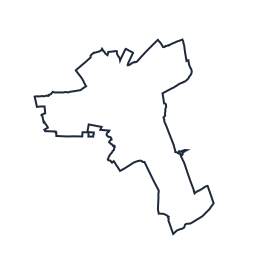 Todireni, Botosani, Romania, rotated 100°
{"feature_id": "2599482B63116977359032", "entity_name": "Todireni", "entity_type": "district", "adm_level": 2, "iso_a3": "ROU", "parent_name": "Romania", "parent_adm1": "Botosani", "projection": "natural_earth1", "projection_center": [27.106, 47.62], "detail": "fine", "context": "isolated", "style": "outline", "palette": "slate", "viewbox_px": 256, "rotation_deg": 100, "n_neighbors": 0, "source": "geoboundaries", "source_scale": "gbopen_adm2", "svg_char_len": 5711}
<svg xmlns="http://www.w3.org/2000/svg" viewBox="0 0 256 256"><g transform="rotate(100 128 128)"><path d="M85.8,183.4L86.0,183.2L86.5,182.8L87.2,182.0L89.7,179.9L90.5,179.5L92.3,178.1L93.2,177.4L94.1,176.5L97.8,180.3L98.7,181.1L99.2,181.9L99.5,183.0L100.7,186.2L102.3,191.1L103.3,193.1L103.4,193.8L103.3,195.0L103.7,196.6L104.2,197.7L104.4,198.9L104.6,200.2L104.9,201.4L105.1,202.2L105.1,203.2L105.3,204.1L105.7,206.0L105.7,207.2L105.4,208.2L106.6,209.1L108.1,209.8L109.2,211.8L109.5,211.7L109.8,211.6L110.0,211.7L110.3,212.2L110.3,213.9L110.5,214.4L110.7,214.7L111.2,215.8L111.5,216.8L111.3,217.7L111.7,218.7L112.2,220.7L112.5,221.7L112.6,222.7L112.6,223.4L113.3,225.4L114.5,225.0L115.0,224.6L123.0,221.4L122.0,217.8L121.3,213.9L127.9,212.1L128.2,212.8L129.8,215.1L130.0,215.4L130.6,215.4L130.9,214.5L134.4,213.1L137.1,212.0L136.6,211.4L137.4,210.9L138.3,210.0L138.8,209.4L140.0,208.2L141.6,207.0L144.2,210.1L145.5,209.1L144.0,198.6L145.1,198.4L145.0,197.8L148.3,197.2L146.9,186.3L145.7,180.5L144.3,171.6L143.1,171.7L142.2,171.9L140.1,172.0L139.1,166.1L143.3,165.5L142.5,160.8L141.8,160.9L141.6,160.8L141.1,160.9L140.5,160.9L140.3,160.7L139.7,160.7L139.5,160.8L138.9,160.9L138.4,160.9L138.5,161.4L138.5,161.6L138.5,162.8L138.6,163.0L138.8,165.6L138.9,165.9L138.8,167.3L131.3,167.3L131.4,163.7L131.4,161.0L131.5,158.9L131.5,154.2L134.6,155.0L133.8,145.9L134.5,146.1L135.0,146.3L135.4,146.6L135.7,147.1L136.2,147.5L136.9,147.9L137.9,147.9L138.4,147.9L139.0,147.6L140.1,145.8L140.0,144.6L140.3,143.3L140.6,143.2L141.7,142.3L142.2,142.1L142.4,142.3L142.6,143.0L142.8,143.1L143.7,143.5L144.4,144.0L144.7,144.2L145.2,144.2L145.3,144.1L145.5,143.8L145.8,143.1L146.5,142.4L146.6,142.1L146.6,141.6L146.8,141.1L147.2,140.6L148.1,140.0L148.3,139.7L148.3,139.4L147.7,138.6L147.7,138.4L147.8,138.3L148.7,137.8L149.0,137.7L149.5,137.8L150.0,138.2L150.3,138.2L150.7,138.2L151.3,138.0L152.1,138.1L152.7,138.5L153.4,139.2L154.6,139.4L158.0,141.4L160.0,141.9L162.2,142.4L162.6,142.4L163.0,142.0L163.1,141.8L163.2,141.5L163.2,140.8L163.2,139.9L163.2,139.6L163.5,139.3L164.4,138.5L164.9,137.7L163.1,136.3L165.5,134.0L166.0,133.7L167.9,131.7L168.7,131.0L171.6,128.4L168.6,124.6L163.9,119.4L161.5,116.9L160.7,115.9L158.7,112.3L157.9,109.7L158.3,108.4L158.9,107.6L158.6,105.9L175.7,93.5L184.1,87.0L184.7,86.8L188.5,86.5L191.4,85.9L203.0,84.4L207.0,82.8L206.9,82.6L206.4,78.5L206.5,77.8L206.7,76.5L207.1,75.2L208.2,72.8L208.4,73.0L209.1,73.1L209.6,72.8L209.6,72.7L210.2,72.1L210.8,72.1L211.9,72.2L224.5,65.1L220.9,62.4L220.2,61.7L218.5,58.9L217.8,57.2L217.0,56.2L216.6,55.8L216.3,55.5L215.9,55.3L213.8,55.1L213.4,55.0L213.1,54.8L212.8,54.6L212.5,54.2L212.2,53.7L211.5,50.9L211.2,50.0L210.8,49.4L202.1,39.5L193.8,33.7L193.3,33.4L191.5,32.7L188.9,31.4L187.1,30.6L183.4,32.8L180.6,34.2L179.5,34.9L176.2,36.7L174.9,37.5L171.6,39.3L171.2,39.6L171.9,41.0L172.8,42.3L173.9,43.2L174.5,43.9L174.8,44.2L175.9,45.4L176.3,46.1L177.0,46.6L177.3,47.4L177.8,48.1L179.8,50.3L180.1,50.6L180.8,51.1L178.6,52.3L178.3,52.1L168.3,58.0L167.1,58.6L164.7,60.0L156.3,64.6L155.7,64.8L154.4,65.6L153.0,66.4L151.3,67.5L150.5,68.2L149.2,69.1L148.5,69.6L147.1,70.5L144.7,72.0L144.6,71.9L144.5,71.7L145.0,70.3L145.2,70.1L144.6,69.6L144.2,69.7L143.1,69.8L142.8,69.8L142.5,69.6L141.8,69.0L141.5,68.6L141.5,68.4L140.9,68.0L140.5,67.5L140.3,67.3L140.1,66.9L139.6,66.2L139.7,67.1L139.7,67.6L139.8,68.2L140.6,69.4L140.9,70.4L141.2,70.6L141.5,71.1L141.8,71.1L142.1,71.6L141.8,71.7L142.2,72.4L142.2,72.6L142.2,72.8L142.0,73.6L144.3,73.6L144.3,73.9L143.8,75.1L143.4,75.7L143.4,75.9L143.4,76.2L143.5,77.2L142.2,77.6L140.4,78.4L137.6,79.7L136.4,80.2L136.2,80.5L134.7,81.3L125.1,87.2L123.6,88.1L121.5,89.3L116.2,92.7L115.9,93.0L113.8,93.8L113.4,93.8L113.2,93.8L112.1,94.6L111.2,94.9L109.4,93.5L107.6,94.1L105.1,94.1L103.7,94.4L102.7,94.5L102.2,94.5L101.3,94.2L100.8,94.1L100.1,94.2L99.0,94.6L98.1,94.7L98.0,94.9L97.7,95.5L97.2,96.4L97.2,96.6L97.3,96.8L87.8,100.0L86.0,97.6L82.8,93.6L82.6,93.2L81.3,91.7L80.6,90.6L79.8,89.5L78.8,88.6L78.1,87.6L77.0,86.6L76.8,86.3L76.4,86.0L75.1,84.4L74.6,83.7L74.1,82.6L73.7,81.9L72.9,81.4L72.6,80.3L71.1,79.0L70.5,78.4L69.9,78.0L69.7,77.7L67.5,76.7L66.5,76.5L66.0,76.3L65.4,75.7L64.1,75.3L63.8,75.1L62.3,75.0L61.4,75.0L60.0,75.5L59.7,75.7L58.6,76.2L57.9,77.1L56.9,77.7L56.1,78.2L54.9,78.8L54.4,79.1L54.2,79.1L52.2,79.9L50.8,80.2L50.8,80.4L50.9,80.8L51.8,82.0L44.0,84.8L38.4,86.6L37.8,86.7L36.3,87.3L35.7,87.8L34.9,88.0L34.1,88.4L33.2,88.6L32.7,88.9L32.2,89.5L31.5,89.8L31.8,90.2L32.3,91.2L33.3,92.8L34.4,94.9L35.4,96.3L37.7,99.9L38.2,100.5L39.7,102.1L39.4,102.7L39.7,103.0L40.5,104.2L40.6,104.7L40.8,105.4L41.0,105.6L41.6,105.8L42.0,106.2L42.1,106.6L42.2,107.5L39.7,109.6L38.0,111.4L37.4,112.3L36.0,113.9L36.7,114.4L43.3,119.1L43.9,119.5L48.9,123.0L56.3,127.8L58.4,129.0L59.3,129.6L61.2,130.8L61.9,132.1L61.8,132.8L62.0,132.8L62.2,133.1L62.7,134.4L62.8,134.6L63.0,134.7L63.3,135.4L64.4,136.2L64.5,136.5L64.8,136.6L66.0,138.3L66.2,138.7L66.3,139.1L65.7,139.3L64.2,139.1L53.1,136.1L52.4,137.6L52.1,139.0L50.4,143.9L50.6,144.1L56.7,145.9L61.1,147.1L62.9,147.5L61.8,147.9L60.5,148.5L60.0,148.9L59.0,150.1L57.2,151.5L56.3,151.9L55.3,152.1L54.5,152.3L54.3,152.4L54.4,153.5L55.5,157.0L55.7,157.5L56.5,160.6L57.0,160.6L57.8,160.6L59.8,160.9L59.2,162.1L58.7,163.1L56.7,164.9L56.6,165.3L56.6,165.6L56.4,165.8L55.4,166.5L54.8,167.0L54.5,167.3L54.9,167.4L55.5,167.5L55.7,167.4L56.0,167.6L56.2,168.1L57.2,169.0L58.3,170.9L58.6,171.7L59.0,172.4L59.1,172.8L59.4,173.3L59.5,173.9L59.7,174.1L59.8,174.1L59.9,174.4L59.9,174.9L61.2,175.9L61.6,176.3L62.8,177.2L63.4,177.4L65.0,177.0L65.7,177.6L66.5,178.2L67.3,178.9L70.3,181.2L73.7,184.1L76.1,186.0L77.9,187.5L79.3,188.7L80.2,189.3L80.4,189.4L85.8,183.4Z" fill="none" stroke="#1e293b" stroke-width="2"/></g></svg>